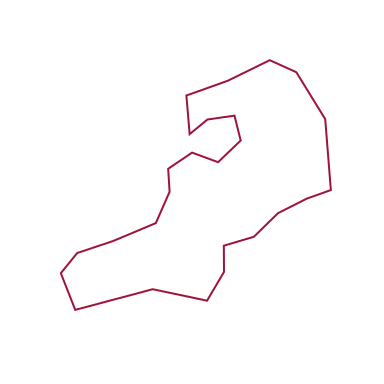 map outline of Triesen (Mercator projection), rotated 256°
{"feature_id": "LIE-4893", "entity_name": "Triesen", "entity_type": "state/province", "adm_level": 1, "iso_a3": "LIE", "parent_name": "Liechtenstein", "parent_adm1": "", "projection": "mercator", "projection_center": [9.548, 47.092], "detail": "fine", "context": "isolated", "style": "outline", "palette": "rose", "viewbox_px": 384, "rotation_deg": 256, "n_neighbors": 0, "source": "natural_earth", "source_scale": "10m", "svg_char_len": 486}
<svg xmlns="http://www.w3.org/2000/svg" viewBox="0 0 384 384"><g transform="rotate(256 192 192)"><path d="M301.1,299.3L283.0,322.2L230.5,338.9L160.3,327.2L157.8,301.7L150.7,270.4L133.6,241.2L132.2,209.9L106.7,203.7L82.9,180.3L107.2,130.3L105.9,50.2L145.0,45.1L160.6,65.9L163.5,103.5L170.6,149.4L197.6,170.3L220.3,174.5L230.2,201.6L214.6,224.5L230.2,251.7L255.8,251.7L258.6,224.5L248.7,203.7L287.0,209.9L291.3,253.7L301.1,299.3Z" fill="none" stroke="#9f1239" stroke-width="2"/></g></svg>